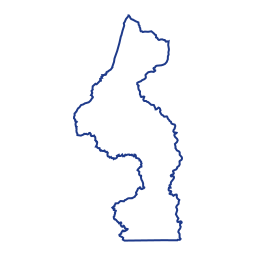 outline of Nsanje, Nsanje, Malawi
{"feature_id": "42251766B55445306782248", "entity_name": "Nsanje", "entity_type": "district", "adm_level": 2, "iso_a3": "MWI", "parent_name": "Malawi", "parent_adm1": "Nsanje", "projection": "orthographic", "projection_center": [35.103, -16.718], "detail": "fine", "context": "isolated", "style": "outline", "palette": "blue", "viewbox_px": 256, "rotation_deg": 0, "n_neighbors": 0, "source": "geoboundaries", "source_scale": "gbopen_adm2", "svg_char_len": 5912}
<svg xmlns="http://www.w3.org/2000/svg" viewBox="0 0 256 256"><path d="M75.1,120.6L75.4,121.3L76.5,121.5L76.8,121.8L75.7,122.9L75.5,124.2L75.9,126.3L76.7,126.8L76.2,127.9L76.6,128.9L76.4,130.7L76.7,132.6L77.3,133.4L77.4,135.1L80.9,135.6L83.6,134.5L84.2,133.8L85.5,134.0L86.2,133.8L87.1,134.3L87.6,134.4L88.6,133.9L89.2,133.0L89.9,132.9L90.8,134.1L90.8,135.4L91.3,136.0L92.0,136.1L94.1,135.6L94.2,136.3L94.9,136.6L95.2,137.1L95.4,138.9L95.2,140.2L96.0,140.7L96.1,141.5L97.0,141.7L97.2,142.5L96.8,144.8L95.9,146.6L96.9,146.7L97.3,147.6L98.2,148.1L99.5,148.1L100.0,150.1L100.5,150.7L101.2,150.3L101.9,150.9L103.8,151.0L104.4,150.5L104.6,150.6L104.9,151.4L105.8,151.7L106.1,152.1L106.3,152.2L107.0,151.9L107.8,152.8L107.4,154.8L107.8,156.3L109.0,156.6L109.7,157.6L110.5,157.4L111.0,157.0L111.8,158.1L113.7,158.2L113.8,159.0L114.0,158.9L114.4,158.6L115.4,158.6L116.7,157.8L117.4,156.4L117.0,155.8L118.6,154.9L118.8,154.8L119.1,156.0L120.4,156.0L121.2,155.7L122.2,154.6L123.0,156.2L123.7,155.9L124.1,156.2L125.2,154.8L125.7,155.3L127.1,154.7L129.1,154.5L129.6,155.0L130.7,154.9L131.4,155.2L131.9,154.7L134.0,156.5L134.4,156.2L134.5,154.6L134.9,154.6L135.7,155.3L136.1,157.9L138.7,158.6L139.8,159.9L139.6,160.4L140.2,160.5L141.2,162.0L141.1,162.5L141.6,163.6L140.9,164.6L141.5,166.0L141.4,166.7L140.0,167.0L139.4,167.9L138.4,168.7L138.1,169.4L137.5,170.1L139.3,171.7L139.1,174.1L139.3,174.8L140.1,175.5L141.1,175.7L141.2,176.2L140.9,177.1L141.1,178.3L141.5,179.8L142.3,181.1L143.1,183.3L143.2,186.5L143.5,186.9L144.3,187.4L144.3,187.7L143.6,188.4L142.9,188.4L142.2,189.0L141.7,189.1L140.9,188.8L140.3,187.4L139.9,187.3L139.0,188.3L138.3,188.4L137.9,188.8L137.3,190.4L136.0,192.6L136.1,193.4L136.7,194.2L136.1,195.0L135.5,195.4L134.8,196.7L131.9,198.3L131.4,198.1L130.4,198.3L129.1,198.2L127.8,198.5L125.9,199.8L124.9,200.1L123.9,201.3L120.7,201.0L119.8,201.5L118.2,203.2L115.5,203.4L115.1,204.6L114.3,205.6L114.4,206.4L113.4,206.8L113.6,207.3L113.3,207.7L112.5,207.8L112.8,208.3L114.2,208.9L113.8,209.5L113.8,210.0L115.8,210.7L115.6,211.5L114.9,212.6L115.1,213.7L114.6,214.6L114.4,216.1L113.7,216.9L114.0,218.7L114.7,219.4L115.3,219.3L116.2,220.1L117.7,221.9L118.4,222.2L119.0,223.3L120.9,222.4L121.1,222.6L121.3,223.0L120.6,223.6L120.6,224.9L121.6,226.5L122.8,226.8L123.2,226.5L123.4,225.7L123.6,225.7L123.8,225.8L123.7,226.3L124.7,227.1L125.1,228.6L127.6,229.0L127.6,229.3L127.2,229.7L125.3,230.9L123.8,231.3L123.2,230.6L122.7,230.6L121.3,232.7L121.2,233.7L119.4,234.7L119.5,235.6L119.8,236.0L122.4,237.2L123.2,237.9L122.8,239.6L124.5,240.6L163.8,240.2L177.2,240.3L177.6,239.8L179.7,239.8L180.2,239.5L180.6,238.9L179.6,237.6L179.6,234.0L178.3,231.9L178.8,230.2L180.1,228.6L180.6,227.1L180.7,226.6L180.1,225.7L180.1,223.6L181.4,223.0L181.7,222.3L181.3,221.6L180.6,221.3L178.1,222.1L177.4,221.7L177.3,220.7L178.4,218.3L177.3,216.9L175.9,214.2L177.2,210.3L177.0,208.8L176.2,207.4L176.3,206.7L177.0,205.5L178.6,203.8L178.7,201.5L179.3,200.0L177.5,198.6L176.9,197.5L176.7,196.0L176.9,195.3L176.6,194.6L176.1,194.5L174.6,194.9L173.5,195.8L173.0,195.5L172.3,194.5L170.5,194.2L169.6,193.8L169.6,193.3L170.9,192.4L171.2,191.7L170.8,191.0L169.2,190.7L168.8,190.4L168.6,189.4L168.9,187.9L170.6,187.7L170.5,187.2L169.5,186.0L169.5,185.3L170.8,184.4L170.8,182.9L171.2,181.8L173.3,179.2L174.0,177.8L173.8,176.5L173.4,176.3L171.2,176.4L170.9,176.0L170.8,175.5L171.2,175.0L173.3,174.1L173.8,173.5L173.6,172.4L173.0,171.6L173.2,170.7L176.2,169.4L177.1,168.2L177.1,167.3L179.1,165.7L179.7,164.3L179.5,161.4L179.7,161.0L181.4,159.9L181.9,159.0L182.0,158.2L181.8,157.2L179.7,154.8L179.7,152.6L179.4,151.9L178.8,151.3L176.9,150.4L175.4,148.0L175.6,147.0L174.9,144.0L177.0,142.0L177.7,140.3L177.1,138.9L175.0,136.8L174.3,135.2L174.6,134.2L176.4,133.2L176.6,132.8L174.0,132.3L173.3,131.3L173.7,129.8L174.7,128.6L174.8,127.5L175.2,126.7L175.2,125.5L174.7,124.6L172.4,124.0L171.4,123.4L170.9,121.7L169.6,121.0L169.2,120.1L167.8,118.6L167.4,117.2L166.8,116.4L164.2,116.7L163.8,116.4L163.3,115.6L161.5,114.6L160.1,112.1L160.0,111.4L160.5,110.4L159.9,108.6L159.4,108.0L158.5,107.6L156.9,109.0L156.1,109.4L155.6,109.4L155.6,108.9L153.8,105.0L151.2,104.8L148.2,102.1L147.2,101.9L146.1,101.0L144.5,101.0L143.8,100.7L143.3,99.5L144.3,96.8L143.9,96.5L141.3,97.0L140.8,96.7L140.5,95.4L139.9,94.3L140.0,91.4L138.7,89.6L138.5,88.9L138.2,86.5L138.7,85.9L138.7,85.7L137.2,84.3L137.3,82.8L138.8,82.0L141.0,81.2L141.9,80.3L144.3,79.2L145.6,78.1L145.9,77.1L145.5,75.4L145.6,74.7L148.3,72.2L151.2,71.6L153.7,71.9L155.2,70.8L155.2,70.3L154.1,69.7L153.5,68.3L153.8,67.9L155.0,67.6L155.6,66.3L156.8,65.7L161.3,65.3L163.3,64.7L165.0,63.9L166.7,62.0L167.8,59.3L167.9,56.3L168.6,54.6L168.4,52.2L168.8,50.5L168.9,49.1L168.2,45.0L168.6,41.4L168.0,41.7L167.1,41.3L166.1,41.7L165.7,41.1L165.1,40.7L165.1,40.4L164.7,40.0L163.4,39.9L162.5,39.4L160.9,39.4L159.0,40.0L158.0,39.3L157.4,38.1L156.0,37.4L156.2,36.4L155.8,34.9L154.8,34.6L154.2,33.7L151.4,31.3L148.1,31.8L144.9,31.6L142.8,32.0L141.9,31.3L140.9,31.3L140.5,30.8L140.2,28.1L139.5,27.0L139.5,25.7L138.7,24.8L138.4,22.4L135.3,21.1L134.5,20.5L133.2,20.0L132.9,19.6L131.4,19.2L130.5,18.3L130.1,17.2L128.8,15.4L128.5,15.4L128.5,16.0L126.0,19.0L124.8,21.8L123.8,23.3L124.2,25.3L124.1,25.9L122.6,30.5L121.3,35.6L120.9,36.2L119.4,43.0L117.2,50.9L114.5,58.5L114.0,61.9L112.2,67.1L112.4,67.4L110.7,69.6L108.6,70.9L108.1,71.5L107.1,71.8L106.4,72.4L106.5,73.4L105.7,74.8L104.8,74.9L104.7,74.6L104.1,75.0L102.4,75.1L102.8,75.9L101.5,76.6L102.0,77.8L101.5,77.8L100.1,78.9L100.2,79.4L100.9,79.9L100.9,80.7L99.9,80.9L96.7,84.2L96.2,84.3L95.4,83.8L92.7,86.3L92.5,89.3L92.7,89.6L91.5,91.0L92.2,92.5L91.9,93.1L92.1,93.5L91.1,95.1L91.8,95.3L92.0,96.0L92.8,96.9L92.8,97.5L92.5,97.6L90.5,100.7L88.7,102.3L84.8,103.4L83.3,104.4L81.0,105.1L79.4,107.4L78.0,108.4L76.7,110.8L76.5,111.5L75.8,112.0L75.6,112.6L74.7,113.3L74.5,113.7L74.7,115.3L74.1,116.7L74.0,118.3L75.2,119.7L75.1,120.6Z" fill="none" stroke="#1e3a8a" stroke-width="2"/></svg>